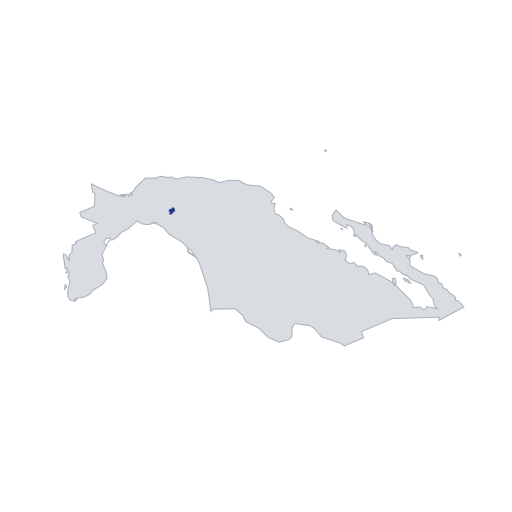 Tehuacán, Puebla, Mexico (highlighted), rotated 157°
{"feature_id": "50627088B19866902668175", "entity_name": "Tehuacán", "entity_type": "district", "adm_level": 2, "iso_a3": "MEX", "parent_name": "Mexico", "parent_adm1": "Puebla", "projection": "natural_earth1", "projection_center": [-97.424, 18.466], "detail": "fine", "context": "in_parent", "style": "filled", "palette": "blue", "viewbox_px": 512, "rotation_deg": 157, "n_neighbors": 0, "source": "geoboundaries", "source_scale": "gbopen_adm2", "svg_char_len": 5652}
<svg xmlns="http://www.w3.org/2000/svg" viewBox="0 0 512 512"><g transform="rotate(157 256 256)"><path d="M84.4,127.8L112.8,125.2L111.3,128.2L155.3,145.2L188.6,145.2L188.8,138.7L209.6,138.8L213.0,143.4L227.3,155.9L230.6,166.4L233.2,170.5L246.6,178.7L251.0,175.6L254.4,167.9L258.5,166.2L268.3,167.6L276.4,176.1L281.7,188.5L291.1,199.7L291.6,206.8L295.8,215.6L316.5,223.9L319.2,222.6L313.0,245.2L310.9,272.3L311.8,278.1L317.2,285.9L316.1,290.1L316.4,285.9L311.9,279.3L313.3,285.3L318.8,298.1L327.7,310.3L329.7,317.9L335.9,325.6L334.2,325.4L337.8,327.3L336.7,326.1L343.2,327.1L347.9,329.8L352.0,334.8L363.1,331.0L371.2,330.4L376.6,327.5L382.3,326.9L383.4,328.0L383.0,329.6L387.6,330.6L390.8,328.2L389.9,324.2L388.4,325.2L388.8,324.4L397.2,317.7L397.7,312.3L400.1,309.2L400.1,300.4L401.6,293.9L408.0,290.1L419.4,288.1L424.3,285.8L429.9,285.3L439.1,287.6L439.8,286.2L437.4,286.1L440.5,285.1L444.3,288.0L445.0,291.9L443.2,297.1L437.3,305.1L437.2,310.4L434.2,313.6L434.8,314.8L437.4,314.4L434.6,317.7L434.7,319.1L436.6,318.7L433.1,332.0L432.1,333.2L430.2,330.2L429.7,325.2L427.1,330.4L424.3,330.8L420.9,337.7L417.0,337.6L416.6,339.8L394.4,339.8L394.4,347.9L389.3,347.9L401.5,360.3L401.2,364.9L385.4,364.9L379.8,376.3L381.4,379.2L379.5,386.8L368.0,373.8L358.8,365.1L353.2,361.8L352.6,362.7L357.8,365.6L349.7,363.0L350.2,360.9L348.1,361.8L346.7,359.9L345.3,361.9L348.0,362.9L343.9,363.4L339.9,366.3L327.1,370.9L318.8,367.2L311.9,366.4L307.2,363.0L302.5,361.5L299.6,358.2L288.2,355.6L274.1,348.7L265.0,342.2L261.1,337.8L251.6,336.3L242.6,332.5L237.0,325.3L224.5,318.4L218.1,308.8L215.9,302.9L220.9,300.1L220.1,297.6L217.9,296.8L221.3,292.3L221.7,287.0L219.0,285.1L216.4,279.8L216.6,274.9L214.9,270.6L207.6,262.4L201.4,252.5L191.6,244.0L194.4,245.6L194.6,243.8L189.4,242.0L185.6,235.3L188.3,235.5L180.7,230.9L179.6,228.7L176.7,229.5L176.3,228.5L178.5,225.9L174.7,227.9L172.5,225.9L172.2,221.5L175.0,217.6L175.9,218.4L174.1,214.3L171.7,211.8L168.5,211.9L166.4,206.5L162.4,205.3L160.1,202.9L158.6,198.2L159.7,195.1L152.7,193.7L140.8,178.5L140.2,174.9L138.4,173.7L131.1,155.0L130.6,149.2L131.5,147.3L124.8,144.9L123.4,141.9L121.2,140.9L118.7,142.6L109.8,136.9L111.3,140.6L109.9,147.7L111.7,153.3L113.1,164.0L122.1,173.5L124.9,179.8L126.3,179.5L126.9,181.5L128.3,181.7L129.5,185.8L132.1,187.1L133.4,195.7L138.1,200.1L139.6,204.9L141.8,206.5L143.3,212.2L145.2,213.6L144.2,209.3L146.8,211.8L149.7,225.0L152.7,228.8L156.6,238.3L155.9,242.3L156.7,245.9L160.1,249.4L161.5,245.9L171.3,258.3L170.3,262.9L166.3,266.4L164.1,266.8L160.0,256.5L144.5,242.8L143.0,243.0L139.9,238.7L139.3,235.8L140.4,229.4L139.2,223.3L136.9,218.9L129.4,213.6L127.9,208.4L126.5,210.6L122.5,211.6L119.7,208.1L112.7,204.5L111.7,201.4L106.4,197.0L106.0,195.5L111.5,196.3L114.8,195.0L114.7,196.4L117.4,197.9L116.5,194.3L115.2,194.1L118.1,187.0L108.1,173.7L99.6,167.9L98.1,164.9L98.3,160.0L96.2,158.4L95.7,152.7L93.0,150.3L92.8,147.0L89.2,141.8L88.6,139.3L89.9,137.7L87.3,135.5L84.4,127.8ZM140.3,178.7L139.3,182.1L136.6,181.0L137.8,175.8L139.5,175.3L140.3,178.7ZM129.0,178.0L125.1,174.3L124.2,170.5L126.2,171.8L126.6,173.9L128.6,174.4L129.0,178.0ZM443.1,304.1L442.2,302.9L442.6,301.4L445.2,300.1L443.1,304.1ZM140.0,243.0L137.2,239.5L139.1,232.3L138.4,238.7L140.0,243.0ZM104.5,192.2L102.4,191.7L103.9,187.9L104.8,190.7L104.5,192.2ZM68.5,179.6L66.8,177.1L67.2,176.1L67.9,176.1L68.5,179.6ZM142.4,243.1L144.0,245.8L140.5,243.1L142.4,243.1ZM206.0,285.2L205.7,286.4L204.8,286.0L204.4,284.0L206.0,285.2ZM157.7,235.8L158.4,238.0L156.5,235.3L157.7,235.8ZM151.1,221.4L152.1,222.4L150.5,224.4L151.1,221.4ZM151.7,326.5L151.0,326.8L149.9,325.9L150.8,324.8L151.7,326.5ZM386.1,327.0L384.2,327.5L387.6,326.3L386.1,327.0ZM167.1,248.2L166.1,247.9L166.0,245.9L167.1,248.2Z" fill="#d9dde1" stroke="#a8b0b8" stroke-width="1"/><path d="M313.9,332.4L314.1,332.5L314.3,332.5L314.3,332.4L314.2,332.4L314.3,332.3L314.4,332.2L314.5,332.2L314.8,332.0L314.8,331.9L314.9,331.7L315.0,331.7L315.1,331.4L315.3,331.2L315.5,331.2L315.8,331.2L316.0,331.2L316.0,331.3L315.9,331.4L315.9,331.5L316.0,331.6L316.2,331.8L316.3,331.9L316.4,332.0L316.5,332.0L316.7,331.9L316.8,331.9L316.7,331.9L316.9,332.1L317.0,332.0L317.1,331.9L317.0,331.6L316.9,331.5L316.9,331.4L317.0,331.4L317.1,331.5L317.3,331.5L317.4,331.4L317.4,331.5L317.5,331.5L317.4,331.4L317.2,331.3L317.2,331.2L317.2,330.9L317.2,330.7L317.3,330.6L317.2,330.5L317.3,330.5L317.2,330.4L317.3,330.3L317.2,330.2L317.2,329.9L317.3,329.8L317.2,329.7L317.3,329.6L317.5,329.7L317.6,329.4L317.8,329.3L317.8,329.1L318.0,329.0L318.2,328.9L318.3,328.8L318.3,328.7L318.5,328.6L318.2,328.4L318.1,328.5L317.9,328.7L317.7,328.6L317.5,328.8L317.5,328.7L317.4,328.7L317.3,328.8L317.2,328.9L317.2,328.7L317.1,328.8L317.0,328.7L316.9,328.7L316.9,328.8L316.8,329.0L316.7,329.1L316.8,329.2L316.7,329.2L316.7,329.3L316.7,329.2L316.6,329.3L316.5,329.2L316.5,329.3L316.4,329.4L316.3,329.6L316.3,329.8L316.2,330.0L316.1,329.8L316.0,329.7L315.9,329.6L315.8,330.1L315.6,330.1L315.5,329.9L315.5,329.7L315.4,329.4L315.3,329.2L315.2,329.2L314.9,329.2L314.9,329.3L315.0,329.5L315.2,329.8L315.3,329.8L315.2,329.9L315.3,329.9L315.4,330.0L315.5,330.1L315.4,330.1L315.3,330.3L315.2,330.3L315.2,330.5L314.9,330.7L314.8,330.8L314.7,330.8L314.6,330.7L314.4,330.5L314.4,330.4L314.4,330.2L314.5,330.0L314.4,330.0L314.4,329.9L314.6,329.8L314.8,329.7L314.4,329.4L314.2,329.4L314.1,329.5L313.9,329.7L313.9,329.8L313.7,329.8L313.3,329.9L313.3,330.0L313.5,330.2L313.5,330.3L313.7,330.5L313.7,330.4L313.8,330.4L313.9,330.5L313.8,330.8L313.7,330.8L313.5,331.0L313.7,331.4L313.6,331.5L313.7,331.8L313.8,331.8L313.7,331.8L313.8,331.9L313.8,332.0L313.9,332.3L313.9,332.4Z" fill="#3b82f6" stroke="#1e3a8a" stroke-width="1.5"/></g></svg>